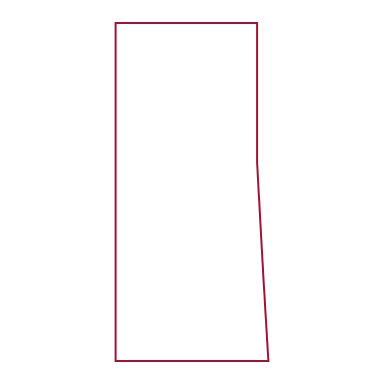 SVG path tracing the border of Saskatchewan
{"feature_id": "CAN-631", "entity_name": "Saskatchewan", "entity_type": "Province", "adm_level": 1, "iso_a3": "CAN", "parent_name": "Canada", "parent_adm1": "", "projection": "mercator", "projection_center": [-105.491, 54.496], "detail": "coarse", "context": "isolated", "style": "outline", "palette": "rose", "viewbox_px": 384, "rotation_deg": 0, "n_neighbors": 0, "source": "natural_earth", "source_scale": "10m", "svg_char_len": 662}
<svg xmlns="http://www.w3.org/2000/svg" viewBox="0 0 384 384"><path d="M249.5,361.0L115.6,361.0L115.6,360.8L115.6,23.0L257.1,23.0L257.1,27.1L257.1,31.1L257.1,39.0L257.1,115.7L257.1,127.6L257.1,139.4L257.1,151.0L257.1,162.6L257.5,169.3L257.8,176.0L258.2,182.6L258.5,189.2L258.9,195.8L259.3,202.4L259.6,208.9L260.0,215.4L260.3,221.8L260.7,228.2L261.0,234.6L261.4,241.0L261.7,247.3L262.1,253.6L262.4,259.8L262.8,266.1L263.1,272.3L263.8,284.6L264.2,290.7L264.6,296.8L264.9,302.8L265.6,314.8L266.0,320.8L266.3,326.7L266.7,332.7L267.0,338.5L267.4,344.4L267.7,350.2L268.1,356.1L268.4,361.0L253.4,361.0L249.5,361.0Z" fill="none" stroke="#9f1239" stroke-width="2"/></svg>